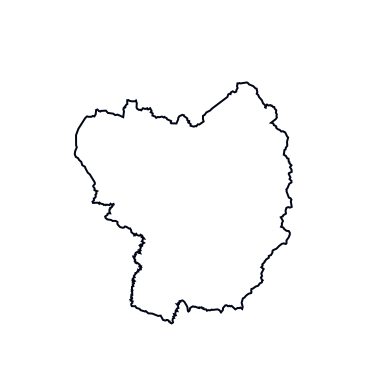 the district of Kaeng Krachan, Phetchaburi, Thailand, rotated 233°
{"feature_id": "78962969B83426526195600", "entity_name": "Kaeng Krachan", "entity_type": "district", "adm_level": 2, "iso_a3": "THA", "parent_name": "Thailand", "parent_adm1": "Phetchaburi", "projection": "orthographic", "projection_center": [99.487, 12.853], "detail": "fine", "context": "isolated", "style": "outline", "palette": "ink", "viewbox_px": 384, "rotation_deg": 233, "n_neighbors": 0, "source": "geoboundaries", "source_scale": "gbopen_adm2", "svg_char_len": 6025}
<svg xmlns="http://www.w3.org/2000/svg" viewBox="0 0 384 384"><g transform="rotate(233 192 192)"><path d="M292.9,121.2L290.0,120.3L287.5,121.4L285.6,121.1L282.6,121.7L279.6,120.5L276.4,121.7L275.3,121.2L270.2,120.4L267.5,121.0L258.2,120.1L256.9,119.3L256.4,116.9L255.8,116.4L253.5,116.4L252.2,115.2L249.8,116.7L249.8,115.7L248.1,114.6L248.0,113.3L246.2,112.4L245.6,110.4L245.9,109.7L244.3,108.6L244.1,106.7L242.9,106.3L240.1,110.4L238.5,110.8L239.0,111.8L237.4,112.3L235.6,113.8L234.7,113.8L234.1,115.0L233.4,115.2L233.2,116.3L231.3,118.2L231.6,119.9L230.1,120.2L229.7,122.1L229.1,121.9L229.2,121.0L228.3,119.3L228.5,117.1L227.8,116.9L227.8,115.7L226.3,114.4L224.2,113.8L225.1,112.8L225.4,111.5L224.6,110.6L224.7,107.9L223.4,107.4L221.2,107.8L218.4,110.5L216.5,111.3L215.1,113.4L213.9,114.1L212.8,114.4L211.5,113.3L210.2,113.1L207.2,113.5L205.0,115.3L204.5,116.7L204.8,117.7L203.8,118.6L200.6,119.8L200.2,120.6L198.3,120.4L196.4,119.4L193.2,120.2L192.5,119.9L192.7,120.9L191.7,120.7L191.9,122.3L191.0,122.1L189.2,123.2L188.4,124.3L188.8,125.2L187.1,125.9L186.2,124.7L185.3,125.7L183.6,125.7L184.4,124.8L183.1,123.4L182.8,122.2L180.2,123.1L180.3,120.8L179.3,120.0L180.9,119.3L180.8,118.0L178.8,118.1L177.5,116.3L177.6,114.9L176.2,115.5L176.0,114.1L174.3,113.8L175.7,112.6L177.0,112.7L177.3,110.4L176.7,109.7L176.0,109.6L176.3,108.8L175.5,108.6L174.9,107.7L175.9,106.3L175.2,106.1L174.4,106.7L173.6,105.7L172.2,105.9L171.3,104.7L170.5,105.1L169.8,104.3L168.5,104.8L168.4,105.6L165.5,106.5L164.7,105.8L163.8,106.4L163.8,105.5L162.9,106.2L162.3,106.1L162.4,104.9L161.9,104.3L161.4,104.9L161.0,104.6L161.6,103.5L161.5,102.6L162.2,102.2L160.9,101.3L161.5,100.8L160.7,98.7L161.3,98.1L160.4,97.0L159.9,95.0L158.4,94.8L158.7,93.9L158.1,92.0L157.1,91.5L156.8,92.5L155.6,92.6L156.3,91.3L155.5,91.4L155.5,90.6L154.6,90.9L153.9,90.6L154.0,89.1L152.1,88.5L152.5,87.1L150.6,85.6L149.6,85.4L149.8,84.8L148.8,84.5L148.8,84.0L147.8,83.8L145.8,82.4L146.4,81.8L144.6,80.1L143.9,80.6L143.2,80.3L143.1,78.3L142.3,78.7L142.0,77.8L140.5,78.7L140.4,78.2L139.4,77.7L139.3,76.3L138.5,75.6L137.1,75.2L134.9,78.0L132.8,77.9L130.2,79.8L128.6,79.8L124.8,82.6L124.7,83.4L121.4,84.1L118.8,87.1L113.5,90.3L112.1,92.6L107.2,91.9L105.2,93.6L105.1,94.8L104.4,95.5L103.4,95.9L102.5,95.6L102.1,96.2L100.6,96.0L99.3,96.7L99.3,98.4L101.2,99.2L102.5,100.6L102.1,101.9L103.7,102.1L103.5,103.6L105.1,104.1L103.8,105.0L104.8,105.3L106.8,107.4L105.7,108.6L107.6,108.9L107.9,110.0L107.5,111.3L109.9,112.5L111.4,112.4L110.5,113.5L110.4,114.3L110.9,114.9L111.4,114.2L111.8,114.5L111.4,116.4L112.0,116.4L112.6,115.6L111.1,119.2L109.0,119.8L104.8,119.4L102.8,119.0L99.4,117.1L98.7,117.2L98.7,118.5L100.5,120.8L100.2,123.8L98.8,124.8L98.6,125.5L95.3,127.5L95.0,127.9L95.4,128.4L94.2,129.6L94.1,130.3L92.8,130.3L92.4,131.1L91.9,130.7L91.2,131.0L89.6,132.7L88.2,132.5L87.9,133.9L86.6,135.2L86.2,137.0L85.7,137.1L82.8,141.9L81.0,142.8L78.4,142.7L79.2,145.7L80.7,147.0L81.4,150.4L80.7,151.5L79.0,152.1L78.6,153.4L77.6,153.8L77.2,155.1L72.2,156.0L71.9,158.7L70.8,159.9L70.6,161.0L68.4,161.7L69.8,163.4L73.7,165.0L76.4,168.6L76.1,170.2L76.7,172.9L76.7,175.9L75.7,178.4L76.3,179.3L77.5,179.8L78.8,181.2L78.2,182.5L78.2,185.8L77.3,188.6L78.2,190.9L77.8,193.4L78.7,194.3L78.9,195.3L80.0,195.0L82.2,195.6L82.6,197.3L85.2,198.3L87.4,202.9L90.2,202.0L90.7,204.1L91.9,204.6L92.3,207.7L93.0,208.3L92.9,209.3L93.5,210.4L93.3,213.8L94.7,214.8L94.1,217.2L95.2,219.8L96.4,220.7L96.7,221.7L95.9,225.5L96.5,229.3L96.5,232.6L95.7,234.4L94.1,235.5L94.1,236.5L96.5,238.4L97.5,241.7L99.0,244.3L100.4,245.5L102.5,245.8L104.2,244.1L107.0,243.3L108.6,243.6L110.6,242.2L111.5,244.0L112.7,244.7L114.1,247.2L118.4,247.7L117.9,249.9L118.5,250.8L118.2,254.0L121.0,255.7L122.5,257.8L122.1,259.7L120.6,260.8L120.1,262.7L125.1,265.3L126.0,266.8L127.8,266.9L128.9,266.1L129.7,266.1L135.7,267.9L136.3,268.6L137.3,268.9L137.5,270.3L140.0,274.7L139.8,277.2L141.0,278.1L143.7,277.7L144.4,279.4L148.2,280.1L148.7,280.7L148.1,283.8L150.1,285.0L152.9,285.2L153.5,287.5L156.2,287.1L157.1,287.8L158.0,287.5L160.5,289.1L161.7,288.3L164.3,288.7L166.5,287.7L169.9,291.1L169.7,292.4L170.8,293.4L171.7,296.0L174.9,298.1L177.7,301.6L179.2,301.4L183.4,302.3L185.8,301.2L186.6,299.7L188.9,299.4L190.5,298.3L192.7,297.9L193.4,298.6L194.4,298.6L196.1,297.6L197.5,298.1L198.6,297.8L199.7,296.8L199.8,302.8L200.5,304.7L201.7,305.1L203.0,306.5L204.8,306.7L206.6,308.5L208.9,308.2L210.4,308.8L211.2,307.9L213.0,307.7L213.1,307.2L214.2,306.9L215.2,305.0L216.7,304.5L216.4,303.2L215.0,301.6L215.6,301.3L217.0,302.7L220.0,302.1L223.2,303.0L227.5,302.7L229.9,303.3L231.5,302.8L232.4,304.2L235.6,305.8L236.4,305.1L239.8,304.6L243.8,302.2L244.8,302.4L246.5,301.7L249.5,296.1L250.5,295.4L250.6,294.5L251.4,293.7L249.4,291.6L247.6,291.0L246.8,289.0L245.6,287.8L245.9,286.1L247.9,285.1L248.1,283.2L247.0,281.7L247.9,281.1L248.1,279.7L246.6,277.5L246.6,258.5L246.2,255.5L246.9,251.3L246.0,248.6L246.2,246.6L243.6,244.6L241.3,243.7L241.5,238.5L242.5,237.3L241.9,235.0L242.7,234.3L243.1,232.8L245.8,230.7L247.0,231.8L248.8,231.2L250.1,232.2L250.3,231.2L251.2,231.9L252.4,231.5L253.7,232.5L257.6,231.3L258.2,231.7L259.5,230.6L260.1,227.5L259.4,225.5L258.4,224.8L256.1,220.8L259.4,216.7L260.2,216.8L261.2,218.0L265.1,215.9L266.0,216.2L268.5,215.2L268.4,214.4L270.3,213.4L271.5,210.7L272.5,209.9L272.8,208.0L274.4,208.0L276.9,206.4L278.4,207.9L280.6,207.1L281.0,208.5L284.1,209.0L284.2,206.9L284.8,206.3L285.8,206.6L286.5,204.5L288.4,203.3L287.8,200.6L288.9,200.1L289.4,199.1L291.6,198.3L292.9,198.6L296.1,201.3L298.8,202.3L298.9,200.9L300.6,198.5L302.5,196.9L303.8,196.5L304.3,195.5L301.1,193.2L301.3,192.2L300.8,190.6L299.8,189.9L299.8,189.1L300.4,189.0L300.2,188.0L299.2,186.9L297.2,186.1L293.2,182.1L298.5,179.2L299.7,176.9L302.0,176.2L305.8,172.4L308.8,172.2L311.6,168.0L311.4,167.3L312.6,166.4L314.8,166.1L315.2,164.8L312.0,161.8L311.1,159.5L312.4,158.6L312.6,157.0L314.4,154.5L315.4,153.9L315.6,153.2L315.2,150.9L310.9,139.4L307.2,133.6L299.0,127.5L297.0,126.9L295.0,123.4L292.9,121.2Z" fill="none" stroke="#020617" stroke-width="2"/></g></svg>